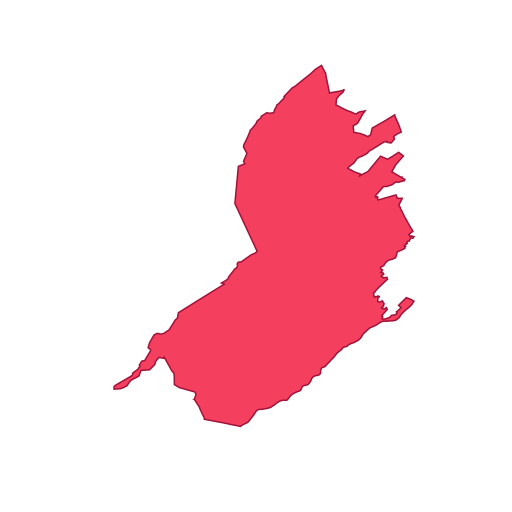 the district of Mētrienas pag., Madona, Latvia, rotated 158°
{"feature_id": "27541924B91196671574766", "entity_name": "Mētrienas pag.", "entity_type": "district", "adm_level": 2, "iso_a3": "LVA", "parent_name": "Latvia", "parent_adm1": "Madona", "projection": "equal_earth", "projection_center": [26.346, 56.675], "detail": "fine", "context": "isolated", "style": "filled", "palette": "rose", "viewbox_px": 512, "rotation_deg": 158, "n_neighbors": 0, "source": "geoboundaries", "source_scale": "gbopen_adm2", "svg_char_len": 6048}
<svg xmlns="http://www.w3.org/2000/svg" viewBox="0 0 512 512"><g transform="rotate(158 256 256)"><path d="M274.6,256.9L276.0,256.2L276.4,255.6L276.8,254.4L276.8,254.0L277.6,252.9L278.8,252.2L280.5,252.0L283.2,250.3L288.4,247.4L291.0,245.1L294.4,244.4L298.2,243.9L296.0,241.8L329.5,236.0L349.2,232.5L352.1,227.9L355.1,226.8L359.6,223.4L364.3,220.1L370.4,218.8L373.3,219.1L376.1,221.0L376.6,221.3L379.8,221.0L380.1,221.0L386.9,215.7L390.3,211.6L390.4,211.3L389.0,209.0L388.9,208.3L389.0,208.1L389.4,207.5L392.9,204.9L393.6,204.3L394.5,203.7L398.0,201.0L398.5,200.8L398.9,200.8L399.5,200.9L400.7,201.3L400.9,201.3L401.6,201.1L405.1,198.5L405.1,198.2L404.8,197.4L404.9,197.1L407.0,196.1L407.7,195.3L407.9,195.2L414.0,193.7L414.3,193.4L414.6,193.1L414.7,192.8L414.8,192.2L415.2,191.9L416.7,191.4L434.7,188.8L435.6,188.5L436.2,188.2L436.6,187.9L437.5,185.7L431.6,183.8L427.8,183.6L425.6,184.0L424.8,183.8L420.3,186.6L418.5,187.6L410.9,188.4L409.3,188.7L407.5,190.8L405.4,193.0L397.5,190.4L397.2,190.4L390.5,193.3L390.4,193.4L388.4,196.0L384.4,198.1L384.1,198.3L379.8,195.7L379.0,196.5L378.3,191.2L377.1,181.1L376.2,178.6L376.0,178.4L376.5,176.4L377.3,173.9L379.9,167.4L379.4,166.8L379.0,166.2L376.5,162.8L363.6,152.8L363.4,150.3L363.5,150.2L366.7,146.3L367.0,146.3L366.9,146.2L365.2,137.3L365.2,134.0L365.0,130.0L364.6,124.8L365.1,124.0L360.3,120.9L354.1,116.9L349.5,114.0L342.1,109.0L336.9,105.6L334.8,104.1L334.1,103.8L333.0,104.2L331.4,104.5L329.7,104.6L327.6,104.7L326.3,104.8L325.1,105.2L319.3,108.5L316.8,110.1L313.5,112.4L312.1,112.7L311.0,112.6L310.4,112.5L308.0,111.7L305.1,111.0L301.9,110.4L300.1,110.2L298.9,110.2L294.6,111.1L291.5,112.0L289.3,112.4L288.0,112.5L286.5,112.4L285.3,112.3L284.2,111.9L282.7,111.1L281.4,110.8L280.6,110.9L280.0,111.4L278.9,111.9L277.4,112.9L276.1,113.5L274.7,114.0L273.2,114.4L269.9,114.7L268.6,114.7L267.2,114.6L265.8,114.6L265.2,114.7L264.4,115.1L262.2,117.5L261.5,117.7L260.4,117.9L256.6,117.4L255.2,117.6L253.6,118.5L251.9,119.8L250.5,121.2L249.3,122.2L248.0,122.6L246.4,122.8L245.6,122.7L244.8,122.6L243.7,122.2L242.5,122.1L241.6,122.3L240.8,122.7L240.2,123.1L239.7,123.8L239.1,125.3L237.9,127.0L237.3,127.5L236.6,127.7L235.1,127.7L234.0,127.6L233.0,127.8L231.2,128.8L227.7,130.3L224.8,131.7L221.5,133.1L217.3,135.6L214.9,136.4L212.9,136.8L211.9,137.2L210.1,138.2L209.3,138.5L208.7,138.6L208.0,138.5L206.4,138.2L205.7,138.2L204.6,138.5L203.8,138.9L202.5,139.1L199.6,139.2L198.0,139.0L192.5,139.6L189.5,140.8L186.0,143.5L184.4,144.1L182.3,144.9L179.0,146.2L177.9,146.5L177.0,146.7L171.9,146.8L170.0,147.0L167.8,147.5L164.6,148.0L162.8,147.9L161.5,147.6L159.7,146.7L156.4,145.7L153.2,144.6L150.4,144.1L148.7,144.5L146.9,145.0L145.4,145.9L143.9,147.0L141.6,148.2L137.6,149.8L134.6,150.7L131.2,151.9L129.0,153.1L127.5,154.2L126.5,155.0L127.1,155.5L128.2,157.3L132.2,161.1L135.3,159.8L140.1,157.8L142.3,156.8L140.8,153.9L143.4,152.7L146.8,151.6L146.4,150.2L148.8,149.3L152.6,150.2L155.1,149.0L160.5,149.3L162.6,150.6L161.2,152.3L161.9,153.5L154.2,157.3L154.5,159.4L156.8,158.6L159.0,160.9L156.4,161.7L156.5,162.4L155.1,163.6L155.7,167.2L158.4,166.8L160.2,168.2L160.2,168.3L158.6,171.6L157.1,171.8L156.8,172.3L157.8,173.2L159.1,173.2L161.7,173.6L161.0,177.6L159.3,178.0L157.6,179.2L153.6,181.0L143.6,184.9L142.8,185.1L142.6,187.2L145.1,187.8L146.0,188.2L146.2,188.4L146.2,188.8L147.3,189.2L147.2,190.7L144.4,191.2L144.7,193.2L146.4,194.0L143.9,195.7L145.3,197.6L144.8,198.8L141.2,199.2L139.0,200.8L137.0,201.9L135.6,202.1L133.7,202.5L132.4,202.1L131.6,202.0L127.7,202.0L127.2,202.3L127.0,202.5L126.7,202.9L126.2,203.3L125.4,204.3L123.5,206.9L118.0,207.0L117.7,207.2L115.6,207.2L115.1,207.3L114.9,208.4L113.7,208.7L113.7,208.8L114.8,209.8L114.7,210.1L111.6,210.8L111.1,211.0L111.3,211.9L109.5,212.9L108.4,212.4L105.7,214.8L105.5,214.7L103.8,213.7L102.3,214.8L104.9,216.7L106.0,216.7L106.2,218.7L101.2,220.2L102.2,226.0L103.0,232.7L103.2,234.1L103.4,235.9L103.6,237.1L103.9,242.2L104.1,244.2L104.2,246.4L104.1,247.6L104.3,248.1L104.5,249.7L100.5,253.2L100.1,253.4L98.8,254.7L103.4,256.6L103.3,256.8L103.3,260.2L116.2,261.6L118.7,261.8L121.9,262.3L121.8,263.6L121.9,264.3L121.1,264.6L121.1,265.4L123.0,265.6L122.5,266.5L122.8,267.1L114.5,271.2L111.9,272.6L108.8,271.5L103.1,271.1L98.8,272.2L95.8,270.9L93.4,270.7L92.7,270.7L90.3,270.2L89.3,271.2L91.7,274.3L91.5,274.5L91.8,274.5L93.6,276.7L98.5,283.2L92.8,287.8L92.6,288.1L81.9,293.5L83.1,295.7L84.9,298.7L92.0,297.3L97.8,296.4L103.1,301.9L120.6,292.4L129.8,291.5L128.4,292.8L133.2,297.1L138.1,303.0L136.6,303.8L132.6,305.0L130.7,305.4L125.5,308.6L123.3,308.9L122.2,308.9L120.7,308.8L114.6,309.5L111.8,310.9L107.7,311.4L105.6,311.9L103.4,312.2L97.5,313.3L94.9,313.7L91.8,313.3L91.9,312.2L90.5,311.5L88.6,310.2L87.6,310.6L84.8,312.0L84.0,312.5L83.7,313.2L83.7,315.0L82.7,315.4L79.8,316.2L74.9,316.5L74.6,320.9L74.5,324.2L74.7,331.1L74.8,333.6L74.5,334.9L88.0,332.7L100.3,331.1L104.3,325.5L107.5,324.8L110.4,327.8L113.6,330.6L119.0,334.0L117.2,340.2L112.1,341.0L107.5,344.7L104.0,347.5L100.5,349.7L101.8,349.9L102.6,350.0L104.7,350.6L105.9,350.8L107.0,350.8L108.2,350.6L109.2,350.3L109.8,350.2L110.7,350.6L111.0,350.8L113.7,353.8L116.8,356.5L119.3,359.2L121.2,361.3L121.8,362.2L125.3,366.2L122.4,371.6L121.5,372.1L119.8,373.1L117.9,374.0L116.3,374.5L114.5,375.1L113.8,375.5L112.6,376.4L112.1,377.2L112.2,377.3L113.3,377.0L114.6,377.3L115.1,377.2L116.8,377.5L118.9,378.0L126.8,379.7L125.1,388.7L123.5,397.6L123.0,399.1L123.5,403.8L123.9,408.2L131.2,406.8L136.5,404.7L151.6,400.2L155.9,398.8L159.2,398.4L170.1,393.5L170.3,393.3L169.9,392.9L169.8,392.6L169.9,392.4L178.3,388.6L179.5,388.4L180.1,388.2L181.5,386.5L183.8,384.9L185.4,382.8L185.8,382.4L187.0,382.4L187.7,382.6L191.1,383.8L192.0,384.8L192.4,384.8L198.8,383.6L199.1,383.4L199.5,382.2L203.7,381.0L204.0,380.8L205.1,380.3L206.1,378.9L206.3,378.8L212.1,375.6L214.0,374.9L214.3,374.5L218.5,370.1L222.8,366.1L225.4,363.9L226.8,361.8L226.0,354.5L232.1,348.5L231.8,345.7L238.8,345.7L255.9,312.6L253.2,259.8L256.3,258.9L259.7,259.0L271.9,256.1L274.6,256.9Z" fill="#f43f5e" stroke="#9f1239" stroke-width="1.5"/></g></svg>